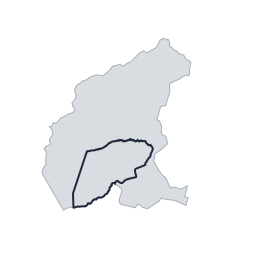 Jonglei highlighted on a map of South Sudan, rotated 105°
{"feature_id": "SDS-870", "entity_name": "Jonglei", "entity_type": "State", "adm_level": 1, "iso_a3": "SSD", "parent_name": "South Sudan", "parent_adm1": "", "projection": "albers", "projection_center": [31.68, 7.658], "detail": "fine", "context": "in_parent", "style": "outline", "palette": "slate", "viewbox_px": 256, "rotation_deg": 105, "n_neighbors": 0, "source": "natural_earth", "source_scale": "10m", "svg_char_len": 8246}
<svg xmlns="http://www.w3.org/2000/svg" viewBox="0 0 256 256"><g transform="rotate(105 128 128)"><path d="M201.8,191.4L194.8,198.5L194.3,199.0L193.4,199.5L190.5,199.6L187.5,199.2L184.8,197.4L182.0,198.8L180.3,199.3L179.2,199.4L176.7,199.7L173.3,200.4L171.7,201.4L170.8,202.2L170.1,203.5L169.8,203.7L169.1,203.5L168.2,203.0L166.4,202.2L165.4,200.4L164.6,199.3L163.9,198.8L160.9,200.5L159.5,200.9L158.3,200.9L156.2,199.9L153.8,199.1L152.6,199.1L150.8,200.1L148.7,201.7L147.6,203.3L147.1,204.2L146.4,202.7L145.7,201.9L144.7,201.5L142.7,201.8L142.2,201.3L142.1,200.1L141.8,199.0L141.4,198.2L139.8,197.3L135.9,195.6L132.9,192.2L131.4,190.6L130.2,189.6L128.7,186.9L126.9,185.0L124.7,184.1L123.3,184.6L121.8,186.5L119.0,188.4L117.7,188.4L116.1,187.4L114.0,186.7L110.3,186.3L108.8,187.2L106.8,188.6L105.1,189.5L104.0,189.5L103.1,189.2L102.0,189.0L101.0,189.0L99.0,187.7L98.0,186.7L97.3,185.8L96.2,185.1L94.9,184.6L94.0,183.8L93.5,182.8L92.8,181.4L91.9,180.2L88.9,178.1L88.0,176.8L87.4,175.6L86.2,174.3L84.9,172.4L84.5,169.8L84.4,167.7L84.2,166.7L83.6,165.7L83.0,164.9L81.9,163.9L79.5,162.5L77.0,160.9L75.8,160.0L73.5,159.6L72.1,158.7L71.0,156.7L70.5,155.1L69.4,153.8L68.9,152.9L68.6,151.9L69.6,148.8L68.3,147.6L66.3,146.2L64.9,144.6L64.0,143.1L61.5,141.2L55.9,138.2L52.7,136.4L51.0,134.7L49.5,133.1L49.4,132.4L50.4,130.8L50.5,129.5L49.7,128.0L46.4,125.2L43.8,122.2L41.8,121.2L37.0,120.3L35.6,119.9L34.2,119.3L32.8,117.9L32.3,116.3L33.1,113.8L32.6,113.0L31.8,112.7L32.0,112.2L33.0,111.0L34.5,110.2L38.5,109.0L38.7,108.5L38.8,106.9L39.2,106.1L40.6,103.9L40.8,103.0L40.9,101.2L41.1,100.3L41.5,99.6L42.6,98.6L43.0,97.9L43.2,96.4L43.1,93.6L43.7,92.4L46.3,89.9L46.9,88.7L47.2,87.7L47.2,86.6L47.3,85.6L48.1,84.6L48.7,84.3L50.6,84.0L51.9,84.2L60.7,82.6L61.7,82.8L62.2,83.9L62.1,85.6L62.3,86.4L62.7,87.0L64.1,87.8L65.1,89.1L65.6,89.6L67.0,90.6L73.5,98.3L75.3,99.1L77.1,98.8L80.7,97.3L82.5,96.9L95.0,97.5L96.4,97.3L96.5,97.3L98.3,101.2L99.2,102.0L112.9,102.2L112.7,101.1L112.9,99.9L115.3,97.5L115.6,97.3L117.8,96.1L119.8,95.4L123.8,94.5L125.3,93.1L126.1,91.9L126.1,89.4L126.6,89.0L127.6,88.4L132.2,86.2L133.0,85.7L141.1,90.9L145.6,95.1L145.9,95.3L146.1,95.3L146.4,95.2L146.6,95.0L147.1,94.8L149.1,94.8L152.8,94.6L154.0,94.1L161.4,86.7L163.3,84.4L163.7,83.9L164.8,82.2L165.9,79.4L166.2,79.0L174.2,72.1L174.5,71.6L174.6,71.1L173.4,68.8L173.1,67.7L173.0,65.8L173.3,63.0L173.2,61.2L173.1,60.8L173.0,60.7L168.5,55.6L179.9,55.5L179.9,54.9L179.9,54.7L179.7,54.1L179.5,53.3L179.5,52.8L179.6,52.4L179.6,52.2L179.6,51.9L187.8,51.9L187.7,53.3L186.7,56.7L186.8,58.7L186.5,61.0L186.2,61.7L185.8,62.3L185.7,62.5L185.7,62.8L187.4,75.7L187.3,76.3L186.8,77.1L186.7,77.3L186.7,77.5L186.9,77.7L190.7,79.1L190.9,79.1L191.0,79.3L192.4,80.9L199.8,87.0L200.1,87.3L200.9,89.2L201.0,89.5L201.0,90.0L201.0,90.4L200.8,91.5L200.9,92.0L201.0,92.4L201.1,92.8L201.0,93.2L199.9,95.4L199.6,97.0L199.5,98.3L199.6,99.1L199.7,99.6L199.8,99.8L203.1,99.9L203.1,100.6L203.6,112.3L203.6,113.6L203.5,115.2L203.1,115.9L202.2,116.8L201.1,117.7L198.2,117.9L195.7,117.9L194.0,117.7L191.7,117.6L189.5,117.8L188.6,118.5L185.7,124.8L184.8,126.3L184.6,127.2L184.9,127.8L186.0,128.5L188.5,129.6L191.4,130.3L193.6,130.5L195.0,130.8L196.2,131.2L200.3,134.0L201.6,135.3L202.3,136.4L202.5,137.7L203.1,138.9L206.8,142.8L210.4,144.6L211.8,146.7L213.1,147.6L214.4,148.7L215.0,150.3L216.6,155.0L217.7,157.4L218.7,159.4L219.2,162.7L220.1,164.1L220.9,165.9L222.4,167.5L223.9,168.7L224.2,169.0L208.9,184.4L201.8,191.4Z" fill="#d9dde1" stroke="#a8b0b8" stroke-width="1"/><path d="M184.8,126.4L184.7,126.5L184.5,126.9L184.9,128.1L185.0,128.4L185.3,128.5L185.5,128.8L185.6,129.0L186.1,129.0L186.5,129.2L186.7,129.3L186.8,129.1L187.5,128.9L187.6,129.0L188.1,129.2L188.7,129.2L188.8,129.3L189.1,129.5L189.4,129.8L189.7,130.1L190.6,130.4L190.9,130.4L191.3,130.1L192.2,129.8L192.6,129.8L192.9,129.9L193.1,130.1L193.4,130.1L193.6,130.2L193.7,130.4L194.0,130.7L194.2,130.8L194.5,130.9L195.7,130.8L195.8,130.9L196.3,131.2L196.9,131.3L197.0,131.4L197.3,131.7L197.8,132.4L198.7,133.1L198.9,133.1L199.2,133.2L199.4,133.2L199.9,133.5L202.1,135.7L202.4,136.2L202.5,136.8L202.5,138.4L202.6,138.5L203.5,139.2L203.9,139.8L204.3,140.0L204.6,139.9L204.9,139.8L205.1,139.9L205.3,140.2L205.4,140.6L205.4,141.1L205.4,141.3L205.4,141.7L205.6,141.9L205.8,142.0L206.0,142.3L206.7,142.8L206.8,142.9L206.9,143.2L207.0,143.3L209.6,144.0L210.7,144.7L210.9,145.0L211.0,145.2L211.1,145.5L211.1,145.9L210.9,146.0L211.0,146.3L211.1,147.1L211.3,147.3L211.6,147.4L212.4,147.4L212.8,147.4L213.0,147.5L214.2,148.3L214.3,148.5L214.4,148.8L214.6,149.0L214.8,149.1L214.9,149.8L215.1,150.5L215.5,151.5L215.7,152.5L215.8,152.9L216.5,154.1L216.6,154.5L216.6,155.5L216.7,155.9L217.4,157.0L217.7,157.8L218.0,158.1L218.3,158.4L218.6,158.8L218.8,159.1L218.9,160.1L205.4,164.2L171.0,162.2L161.7,161.7L161.6,161.4L161.4,161.4L161.3,161.5L161.2,161.5L161.1,161.4L160.9,161.2L160.8,160.9L160.7,160.7L160.7,160.4L160.2,159.0L160.0,158.8L159.8,158.5L159.6,158.4L159.4,158.2L159.2,157.8L159.1,157.0L158.7,156.1L158.6,155.4L158.5,155.1L158.4,154.8L158.2,154.6L157.1,153.2L156.9,152.8L156.9,152.0L156.8,151.7L156.5,151.6L156.2,151.5L156.0,151.4L155.9,151.1L155.8,150.7L155.6,149.9L155.5,149.6L155.3,149.4L155.2,149.4L155.2,149.2L155.1,148.9L154.6,148.4L154.4,148.1L154.3,147.7L154.2,147.5L153.9,147.4L153.7,147.3L153.5,147.1L153.3,146.6L152.9,146.2L152.6,145.9L152.2,145.8L152.1,145.7L151.9,145.4L151.5,145.2L151.4,145.1L151.2,144.6L151.1,144.4L150.9,144.3L150.5,144.2L150.3,144.1L150.1,143.9L149.5,143.7L148.3,142.7L148.2,142.6L147.8,142.5L147.6,142.5L147.4,142.4L146.9,141.7L146.8,141.4L146.7,141.1L146.6,140.9L145.8,140.4L145.4,140.0L145.2,139.8L145.1,139.7L145.0,139.2L144.9,138.9L144.8,138.7L144.6,138.4L144.5,137.9L144.2,137.6L144.1,137.3L144.0,136.6L143.8,136.3L143.3,135.7L143.2,135.4L143.1,135.1L142.8,135.1L142.7,135.0L142.7,134.8L142.7,134.7L142.4,134.4L142.2,134.2L142.4,134.0L142.5,133.9L142.6,133.6L142.5,133.2L142.4,132.9L142.2,132.6L141.8,132.5L141.8,132.3L141.8,132.1L141.8,131.9L141.7,131.8L141.4,131.6L141.3,131.3L141.5,131.2L141.4,130.8L141.6,130.0L141.6,129.9L141.8,129.7L142.0,129.4L141.9,129.2L142.0,129.0L142.3,129.0L141.9,128.8L141.8,128.7L142.0,128.6L141.9,128.4L141.7,128.3L141.5,128.2L141.5,127.7L141.3,127.4L141.2,126.8L140.1,125.6L140.3,125.4L140.1,125.1L139.8,124.7L139.6,124.4L139.5,124.1L139.5,123.9L139.5,123.6L139.4,123.4L139.2,123.4L139.0,123.5L138.8,123.5L138.8,123.2L138.4,123.4L138.1,122.9L138.1,122.1L138.2,121.8L138.5,121.7L138.4,121.5L138.3,121.3L138.3,121.2L138.6,121.1L138.6,120.8L138.3,120.2L138.7,120.0L138.6,119.8L138.5,119.3L138.4,119.1L138.5,118.6L138.8,118.4L138.9,117.9L139.0,117.7L139.0,117.4L138.9,117.1L138.6,117.1L138.5,116.8L138.5,116.7L138.0,116.4L137.9,116.3L137.9,116.1L137.6,115.9L137.6,115.7L137.7,115.3L137.7,115.2L137.6,115.3L137.4,115.3L137.5,115.1L137.5,114.9L137.6,114.6L138.0,114.0L138.2,113.8L138.1,113.5L138.0,113.4L137.9,113.3L137.7,113.3L137.0,112.6L136.9,112.4L136.7,112.2L137.0,112.0L137.1,111.8L137.2,111.6L137.1,111.3L137.0,111.5L136.9,111.2L136.9,110.6L136.9,110.3L136.8,110.1L136.6,109.9L136.5,109.7L136.5,109.4L136.5,109.0L136.3,108.7L136.2,108.5L136.1,108.2L136.2,107.9L136.3,107.7L136.5,107.5L136.8,107.4L137.2,107.1L137.3,106.9L137.3,106.7L137.7,106.4L137.8,106.3L138.0,106.1L138.1,105.9L138.2,105.4L138.3,105.0L138.6,104.9L138.8,104.7L139.0,104.5L138.9,104.4L139.1,104.2L139.1,102.9L139.1,102.7L138.8,102.5L138.7,102.4L138.5,101.9L139.0,101.6L139.1,101.4L139.2,101.0L139.4,100.7L139.7,100.6L139.8,100.3L140.0,99.8L140.2,99.6L140.5,99.5L140.7,99.4L140.9,99.2L141.1,99.0L141.3,98.8L141.6,98.7L141.9,98.6L144.0,98.7L146.2,99.2L146.9,99.3L148.3,99.3L148.6,99.2L148.8,99.1L149.0,99.0L149.4,99.1L150.2,99.3L152.2,100.5L155.0,101.2L155.7,101.3L156.1,101.4L156.3,101.6L156.4,101.8L156.7,101.9L157.1,102.0L157.3,102.1L158.1,102.0L158.9,101.7L159.1,101.7L159.4,101.9L165.1,109.6L165.7,110.1L166.4,110.4L167.0,110.3L167.6,110.2L169.9,109.1L172.0,107.8L172.4,107.6L172.8,107.5L173.1,107.5L173.5,107.7L173.8,108.2L174.4,109.4L174.7,110.2L177.8,115.6L178.8,116.8L180.3,118.0L182.1,118.9L182.5,119.3L182.8,119.8L182.9,120.7L182.8,121.4L182.7,122.1L182.5,122.8L181.9,123.9L181.8,124.4L181.9,124.9L182.3,125.3L182.7,125.6L184.7,126.4L184.8,126.4L184.8,126.4Z" fill="none" stroke="#1e293b" stroke-width="2"/></g></svg>